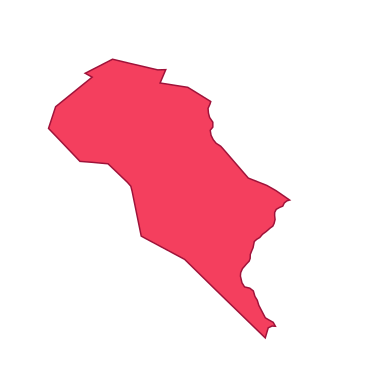 Anísio de Abreu, Piauí, Brazil (orthographic projection), rotated 321°
{"feature_id": "56859067B66388325909617", "entity_name": "Anísio de Abreu", "entity_type": "district", "adm_level": 2, "iso_a3": "BRA", "parent_name": "Brazil", "parent_adm1": "Piauí", "projection": "orthographic", "projection_center": [-43.027, -9.241], "detail": "fine", "context": "isolated", "style": "filled", "palette": "rose", "viewbox_px": 384, "rotation_deg": 321, "n_neighbors": 0, "source": "geoboundaries", "source_scale": "gbopen_adm2", "svg_char_len": 1162}
<svg xmlns="http://www.w3.org/2000/svg" viewBox="0 0 384 384"><g transform="rotate(321 192 192)"><path d="M248.6,80.4L242.2,75.5L236.9,68.7L223.7,51.7L213.8,38.8L183.7,32.5L186.7,39.9L170.3,39.9L139.7,39.9L128.7,47.0L120.5,52.3L121.9,68.8L124.2,97.7L133.0,106.0L142.0,114.8L144.5,117.2L147.9,143.8L148.1,149.0L146.0,153.6L124.8,194.3L126.8,199.2L143.9,239.8L148.9,283.3L157.1,351.5L165.8,345.5L169.9,346.6L172.3,348.8L173.1,344.4L171.4,340.2L169.8,335.9L172.6,322.1L174.6,317.2L175.2,312.7L177.4,307.5L176.4,303.1L173.1,298.8L173.7,294.0L176.7,287.8L179.1,285.3L183.0,283.3L189.0,282.2L192.9,281.7L195.4,280.2L198.0,277.2L201.9,275.0L204.4,273.7L209.2,269.7L212.4,269.5L216.0,270.0L220.2,269.2L224.6,269.4L230.1,269.2L233.3,269.4L236.0,268.1L239.2,265.7L241.4,262.3L243.4,259.9L246.5,258.5L250.4,259.1L253.6,260.1L256.8,258.6L260.1,258.6L262.8,259.7L258.1,243.7L254.3,234.0L244.5,216.6L243.3,177.8L243.1,174.5L241.4,169.3L241.4,164.7L242.5,159.9L245.0,155.5L249.0,154.7L252.1,150.9L252.6,145.1L254.4,141.1L257.1,137.1L261.1,135.1L263.5,133.5L254.6,108.0L245.1,97.5L241.7,93.7L235.8,87.2L248.6,80.4Z" fill="#f43f5e" stroke="#9f1239" stroke-width="1.5"/></g></svg>